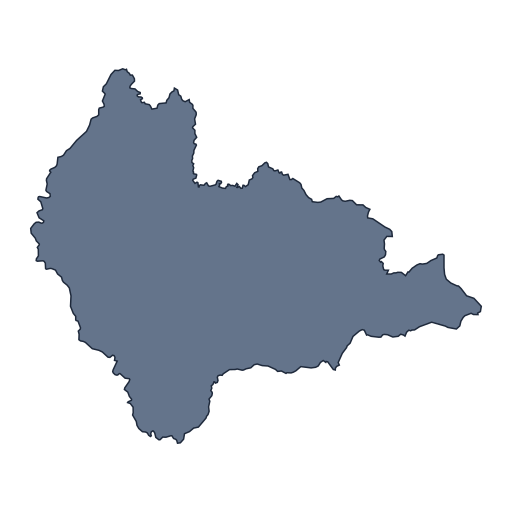 Maripí, Boyacá, Colombia
{"feature_id": "7082276B23920706141939", "entity_name": "Maripí", "entity_type": "district", "adm_level": 2, "iso_a3": "COL", "parent_name": "Colombia", "parent_adm1": "Boyacá", "projection": "orthographic", "projection_center": [-74.01, 5.573], "detail": "fine", "context": "isolated", "style": "filled", "palette": "slate", "viewbox_px": 512, "rotation_deg": 0, "n_neighbors": 0, "source": "geoboundaries", "source_scale": "gbopen_adm2", "svg_char_len": 5999}
<svg xmlns="http://www.w3.org/2000/svg" viewBox="0 0 512 512"><path d="M286.0,373.4L286.9,372.7L291.1,372.9L293.3,372.2L295.9,370.8L300.8,366.6L311.1,367.9L315.6,367.3L318.2,366.0L320.4,362.5L323.2,360.5L325.8,362.4L326.2,361.5L327.7,361.8L333.3,369.5L335.3,370.0L335.4,368.2L336.6,366.4L339.3,365.1L338.2,362.5L342.3,353.3L346.5,347.7L347.2,345.8L350.1,343.2L353.0,336.4L359.4,331.0L362.2,329.6L364.3,330.2L366.6,335.1L367.6,334.8L371.1,336.3L378.8,337.2L380.9,337.1L382.7,334.8L384.3,334.4L387.5,334.7L392.8,337.0L398.2,336.3L400.7,334.2L403.5,335.0L405.0,336.1L406.6,332.2L408.8,330.2L410.6,330.8L411.9,330.1L414.6,329.9L419.5,326.7L431.6,322.2L445.4,326.1L447.8,327.4L456.4,329.0L459.8,325.9L460.9,321.2L463.2,317.4L464.9,315.7L471.1,313.3L473.5,314.5L478.0,314.6L477.7,313.0L480.4,311.6L481.3,306.3L473.9,298.3L466.6,295.8L461.1,288.6L458.5,286.0L456.8,285.8L450.8,283.0L446.3,279.2L444.6,274.4L444.0,267.9L444.0,255.1L442.7,254.2L438.4,254.8L437.7,255.5L436.8,258.0L431.0,260.5L426.8,263.4L422.4,264.1L420.0,263.7L417.0,264.9L412.2,268.2L408.9,272.1L408.0,271.9L405.6,275.7L401.4,272.4L397.8,272.3L395.9,272.9L393.8,272.9L391.3,274.0L386.7,274.0L388.4,270.2L385.0,270.2L383.7,269.6L382.8,265.9L383.2,263.4L381.4,261.6L380.7,262.2L379.2,260.5L379.8,259.1L384.3,256.9L385.5,254.8L385.8,251.4L384.6,249.9L384.2,248.4L384.5,244.0L384.0,240.1L386.8,236.4L392.3,236.5L391.8,231.6L389.7,229.3L384.9,227.0L372.8,218.8L367.7,217.9L367.5,215.9L368.5,212.0L369.9,209.3L365.8,207.5L363.0,204.9L356.6,204.8L352.4,200.6L349.8,200.3L345.2,201.3L342.7,200.8L341.5,199.8L338.9,196.0L337.8,196.8L336.2,196.4L333.7,198.4L327.1,198.7L320.7,202.1L317.7,202.4L312.3,201.7L311.6,199.3L308.6,197.6L306.0,194.6L303.9,190.4L301.8,188.0L301.0,184.4L299.7,182.8L292.8,178.5L291.3,179.6L289.9,179.6L288.0,174.3L283.6,175.2L282.4,174.3L281.6,172.0L281.0,172.0L279.8,173.1L279.1,172.8L277.9,170.0L275.0,170.9L273.8,170.6L272.8,168.8L268.5,166.9L267.8,163.7L266.5,162.3L264.9,162.8L261.9,165.7L258.8,166.8L257.7,168.6L257.8,171.4L254.7,172.7L252.5,175.6L252.9,177.6L251.9,178.9L249.3,180.0L248.2,184.7L245.5,186.6L243.9,185.3L243.0,185.3L242.3,188.2L240.8,188.3L239.3,186.5L237.6,187.5L236.9,187.4L238.1,184.8L236.8,183.4L234.9,186.2L232.7,185.4L230.5,185.6L229.5,184.5L228.1,184.1L227.6,184.8L227.9,185.9L226.3,186.7L225.5,188.4L222.5,188.1L218.9,186.6L219.5,185.4L219.4,183.7L220.6,183.8L221.5,182.5L221.3,181.3L218.1,180.3L217.0,181.3L216.0,184.3L215.2,184.9L210.0,186.3L209.1,186.1L208.4,185.8L206.7,182.8L205.5,183.4L203.9,185.3L200.4,184.8L199.4,185.5L199.0,187.0L198.4,186.9L197.9,182.7L197.0,182.2L195.0,183.4L192.7,180.3L193.2,179.2L195.9,178.1L196.7,175.0L196.5,174.4L193.7,173.8L193.3,173.2L193.6,172.1L192.9,171.0L193.7,167.7L192.8,165.6L193.7,163.8L191.9,162.5L191.8,160.3L192.6,158.7L192.4,156.0L193.8,153.1L193.9,150.4L196.4,145.1L195.9,144.1L194.4,143.8L193.6,142.8L194.0,140.4L196.7,137.3L194.9,133.6L194.9,130.3L192.5,127.8L192.9,126.6L195.5,124.2L194.6,118.9L196.2,114.8L196.2,112.8L195.9,111.9L192.9,108.4L192.9,105.3L192.3,104.3L189.6,102.3L189.2,99.6L185.2,101.7L183.0,100.8L181.7,99.3L180.8,96.2L178.7,94.7L177.6,90.0L174.4,88.1L173.9,90.9L172.0,91.9L170.0,93.9L169.0,97.7L166.8,100.3L166.1,102.9L159.2,103.6L157.8,105.1L157.0,108.2L151.9,109.1L150.4,106.0L149.2,104.6L145.2,103.8L144.4,102.3L141.9,102.7L141.3,102.1L140.5,99.8L142.4,98.7L142.3,97.8L141.1,97.0L138.4,96.9L137.2,95.9L137.2,94.9L137.8,94.4L140.2,93.8L140.2,92.5L137.7,91.5L135.0,88.9L131.2,88.5L129.8,87.8L130.0,86.3L131.3,84.4L134.5,81.1L134.4,78.7L132.4,75.1L130.3,75.1L129.3,73.3L127.2,71.7L126.5,69.3L125.4,69.8L122.7,68.8L118.5,70.5L114.9,70.3L111.0,74.5L106.3,83.9L103.4,86.7L102.4,91.1L104.9,93.6L105.1,94.3L102.4,101.0L104.0,104.1L104.3,106.3L103.2,107.1L99.3,108.1L98.7,109.6L98.7,114.9L97.0,116.4L92.7,117.9L91.1,119.2L89.6,125.0L86.5,131.4L76.6,140.4L70.0,148.4L66.5,150.6L63.5,155.2L61.3,156.5L57.9,157.3L57.1,164.2L56.4,165.9L54.8,167.4L50.9,169.1L49.7,170.2L49.6,170.9L50.8,172.2L46.6,178.7L46.4,180.4L47.2,184.0L45.9,190.2L46.6,191.5L50.0,193.7L50.3,196.3L49.1,197.4L46.7,198.0L39.7,196.5L38.5,196.8L38.1,197.6L37.9,199.2L40.8,201.8L42.8,208.5L42.4,209.7L39.0,210.9L37.0,212.7L39.1,217.8L43.8,220.8L43.5,222.3L42.4,223.1L41.3,223.2L38.8,222.1L36.1,222.3L34.2,223.8L30.7,228.4L31.2,233.2L35.3,238.2L36.3,240.9L39.3,244.0L39.3,244.7L37.3,247.4L38.3,249.2L38.4,255.9L36.4,258.8L36.2,260.6L37.3,261.2L42.9,260.8L44.1,261.3L45.3,263.1L45.6,268.7L46.5,269.2L50.2,268.4L51.8,268.6L55.5,270.1L57.6,274.0L61.5,277.1L62.4,280.5L63.5,282.2L67.1,285.1L69.3,287.9L71.0,295.9L70.5,306.3L73.3,313.4L75.7,316.3L75.7,319.9L76.1,320.5L78.0,321.1L80.5,327.8L80.3,329.1L78.3,331.1L79.1,334.2L78.9,339.7L80.5,340.9L83.3,341.4L85.4,342.4L92.3,348.7L98.9,350.3L102.4,352.0L108.0,357.2L109.9,357.4L112.6,355.2L114.1,355.6L115.0,357.5L114.5,360.4L117.2,361.1L113.2,369.7L112.7,371.5L113.2,372.8L115.0,374.6L116.5,375.1L117.7,375.0L119.3,373.6L120.1,373.6L125.1,378.2L129.3,378.7L129.8,379.5L129.1,381.6L124.8,387.8L124.4,389.5L127.8,392.1L129.4,396.5L131.6,399.2L131.4,400.3L128.1,401.8L127.6,402.6L130.3,403.5L133.1,407.2L133.2,412.7L132.6,415.0L136.3,421.5L137.0,425.4L138.8,428.5L142.4,431.7L145.6,432.0L147.4,433.0L148.6,435.2L150.4,436.5L151.3,435.8L150.7,433.8L151.3,431.8L152.8,430.9L153.5,431.1L154.7,432.9L155.8,437.4L158.9,439.8L160.1,439.7L162.7,437.1L166.0,437.2L171.0,435.7L171.9,435.8L173.6,438.5L175.7,439.3L176.7,440.3L177.5,443.2L180.4,442.8L183.6,439.2L184.5,433.7L189.5,431.6L193.6,428.1L198.4,427.1L206.0,418.1L206.6,416.2L208.0,414.6L209.1,411.3L208.6,406.8L209.8,401.2L209.0,399.1L211.8,395.7L212.3,393.5L212.1,392.2L210.8,390.6L211.8,388.2L211.3,385.8L212.9,384.5L214.0,381.8L214.7,381.9L215.4,383.1L217.3,382.4L218.0,380.5L217.3,377.2L218.1,375.7L220.0,375.1L222.2,375.3L223.2,373.8L229.5,369.6L235.1,369.5L237.2,369.0L242.2,370.2L243.6,370.0L246.1,368.8L250.8,367.8L254.2,364.7L257.2,364.0L262.2,365.6L268.0,366.0L275.5,369.4L277.6,371.4L281.4,371.0L286.0,373.4Z" fill="#64748b" stroke="#1e293b" stroke-width="1.5"/></svg>